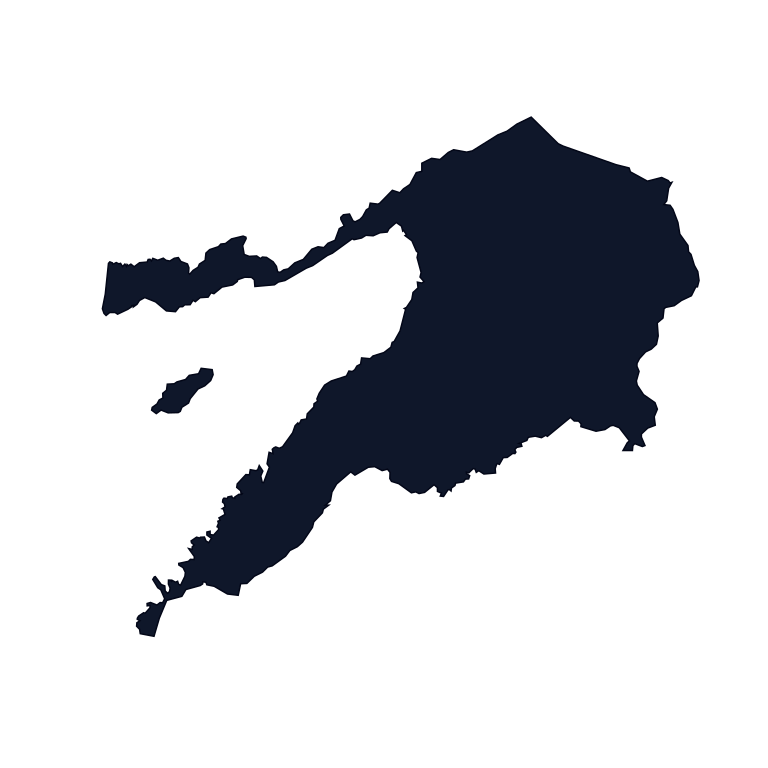 Tanggamus, Lampung, Indonesia, rotated 100°
{"feature_id": "22746128B69666188283297", "entity_name": "Tanggamus", "entity_type": "district", "adm_level": 2, "iso_a3": "IDN", "parent_name": "Indonesia", "parent_adm1": "Lampung", "projection": "orthographic", "projection_center": [104.708, -5.522], "detail": "fine", "context": "isolated", "style": "filled", "palette": "ink", "viewbox_px": 768, "rotation_deg": 100, "n_neighbors": 0, "source": "geoboundaries", "source_scale": "gbopen_adm2", "svg_char_len": 6164}
<svg xmlns="http://www.w3.org/2000/svg" viewBox="0 0 768 768"><g transform="rotate(100 384 384)"><path d="M95.6,285.4L104.9,298.2L113.7,306.8L118.8,315.0L139.1,337.5L141.3,342.9L141.2,356.1L144.8,360.9L153.2,367.8L153.5,376.3L160.0,385.1L168.0,383.7L170.2,388.9L183.0,393.1L188.4,398.7L192.9,401.6L191.8,409.4L206.7,419.6L207.9,421.1L208.3,429.0L213.4,429.2L215.5,431.6L222.8,434.1L226.1,436.3L229.3,440.6L228.7,442.9L222.6,447.5L224.4,453.4L227.4,455.5L229.3,455.1L235.3,450.6L238.7,455.0L251.0,457.2L255.1,463.6L260.1,466.9L260.3,472.8L263.8,478.5L275.3,485.1L280.2,492.9L287.2,498.3L289.0,502.6L292.1,505.7L292.0,508.2L286.8,510.4L282.9,514.4L279.7,521.7L280.1,525.8L281.9,527.5L280.0,531.6L281.7,538.9L280.7,544.2L272.3,547.2L264.8,545.0L263.4,545.5L262.8,548.4L267.6,559.4L273.2,564.5L274.5,569.0L277.5,570.9L281.9,579.0L286.0,582.1L293.3,581.6L297.9,586.6L301.3,587.4L305.2,591.7L309.6,594.4L308.8,595.7L303.4,596.3L299.9,598.4L298.6,605.3L295.2,608.5L296.6,612.4L300.1,616.3L300.0,620.2L298.4,623.2L301.4,628.3L300.4,633.5L303.2,634.4L301.8,636.1L302.3,637.9L305.0,638.4L307.0,645.8L311.9,650.4L309.9,654.1L311.9,656.3L310.9,657.8L312.9,658.0L310.9,660.0L313.7,661.9L310.9,664.4L311.7,666.0L310.9,668.8L313.2,671.7L311.9,672.4L311.3,675.2L313.0,676.3L343.9,674.1L358.8,674.4L363.1,672.0L364.8,669.6L361.2,666.5L360.3,661.2L361.5,658.5L354.9,649.2L351.5,645.7L350.6,646.0L349.9,644.1L351.5,644.1L348.4,641.1L344.2,639.3L340.4,634.6L342.8,623.2L349.8,611.0L349.0,601.9L343.5,598.9L342.8,595.7L340.6,594.0L339.6,588.7L334.7,586.6L335.7,584.1L330.9,580.1L329.0,572.3L324.2,570.2L324.6,567.2L316.7,560.4L312.7,550.2L308.5,546.3L306.7,546.2L303.0,539.6L302.0,533.0L303.9,529.8L310.4,528.1L305.3,509.1L301.9,505.7L299.3,499.5L283.4,480.6L279.8,474.8L267.2,462.0L264.1,457.5L246.5,440.5L247.1,438.6L244.1,431.4L240.7,427.6L239.9,420.4L235.8,414.3L233.8,407.2L230.2,406.0L222.8,400.0L225.5,394.2L230.1,392.1L229.3,391.5L232.9,387.8L234.2,389.1L238.1,381.4L247.5,375.2L248.7,373.2L253.7,373.4L267.8,366.8L272.4,367.1L276.3,362.3L278.0,364.3L277.9,368.8L283.4,367.2L288.8,371.3L296.0,371.3L304.7,375.2L306.1,377.1L306.6,375.7L328.9,377.4L340.4,381.4L341.6,383.2L346.6,383.6L353.1,389.6L358.3,399.7L361.5,402.0L362.2,410.6L368.5,410.5L371.0,413.8L375.1,415.3L377.2,417.4L377.3,420.8L382.7,422.4L390.2,436.5L395.4,442.3L404.4,446.2L410.3,447.5L412.5,446.4L415.6,449.5L418.9,449.1L426.7,454.4L431.9,454.2L433.7,459.3L437.3,460.3L438.4,461.3L437.3,462.1L440.5,464.3L447.9,465.5L463.4,473.0L465.5,476.0L464.8,479.7L465.9,481.3L467.7,482.7L471.9,481.1L471.2,485.3L482.9,485.3L485.8,482.4L502.1,485.4L502.1,486.8L496.0,489.4L490.8,488.2L486.0,492.7L490.5,493.5L491.6,495.1L491.6,500.8L496.8,500.8L497.2,504.3L507.9,511.2L511.4,511.1L514.0,506.6L516.5,505.8L516.6,504.5L517.5,505.0L517.8,507.7L521.2,511.3L522.5,511.1L522.3,513.7L520.9,514.5L522.3,518.1L524.0,518.4L524.2,521.8L525.6,522.6L528.3,522.5L529.5,520.5L532.6,519.2L534.9,521.7L535.0,520.5L540.0,517.9L544.5,523.3L546.7,521.7L548.0,523.8L549.9,522.8L553.6,523.6L554.0,522.1L556.1,521.6L562.4,525.6L562.4,529.1L559.2,529.7L560.5,532.7L563.5,532.2L566.0,527.0L570.7,529.2L569.4,532.1L565.9,534.3L566.8,538.2L567.7,538.5L567.4,542.0L572.0,546.7L573.8,546.0L575.5,543.0L577.7,544.6L580.2,544.1L580.0,547.8L586.9,540.8L589.8,540.5L590.3,544.2L592.6,545.8L596.3,555.0L597.9,554.6L599.7,550.0L604.0,546.9L608.0,546.7L617.5,549.4L616.9,551.5L614.1,553.0L615.4,554.9L614.0,559.0L614.5,559.7L615.8,558.5L614.2,560.4L614.5,562.2L618.4,561.6L622.2,559.2L625.7,559.2L627.7,560.8L625.7,563.6L620.9,564.8L620.2,568.5L613.4,575.8L613.9,576.7L616.6,577.8L623.9,571.4L625.4,568.1L633.6,562.7L637.9,564.1L638.1,566.5L641.1,569.2L639.7,576.0L641.3,579.2L643.6,578.7L642.7,575.9L645.0,575.6L651.2,579.4L651.0,581.0L655.1,585.3L657.4,586.2L658.5,586.2L659.5,583.2L662.0,585.9L665.5,585.6L668.0,582.1L672.2,580.7L672.4,566.7L653.6,564.6L634.8,560.4L628.2,546.2L620.8,543.4L614.4,530.0L612.4,527.9L610.2,528.0L610.2,524.9L612.5,523.6L612.7,516.1L618.0,501.7L617.4,490.9L605.6,490.5L604.2,484.4L595.9,478.4L590.3,470.9L584.5,466.8L582.5,462.5L570.7,451.1L564.3,447.8L559.3,441.1L553.9,436.8L537.7,429.6L532.0,429.2L521.6,422.3L517.8,422.0L512.9,417.4L513.5,420.8L508.3,416.5L499.5,416.5L490.7,413.3L476.3,401.5L478.8,396.8L468.7,385.0L467.0,378.7L469.6,370.8L467.3,365.8L470.0,362.7L476.2,361.8L478.6,359.7L479.6,352.1L486.4,338.1L484.7,334.0L485.8,330.5L483.7,325.2L474.5,317.2L476.8,313.4L480.5,312.7L481.5,308.5L484.6,309.1L484.4,305.8L477.1,302.6L476.6,301.3L477.7,299.4L474.7,299.5L471.7,296.5L469.2,296.3L466.6,288.8L463.5,287.3L462.8,284.2L459.4,283.7L458.0,287.2L456.5,287.6L456.8,285.1L451.8,281.5L452.0,279.5L455.0,277.8L452.9,275.6L455.3,270.0L452.3,258.7L448.0,259.8L443.8,259.2L442.7,258.6L443.1,256.4L435.8,253.8L434.9,249.9L430.0,245.2L429.8,243.0L428.2,242.3L426.0,243.8L423.4,242.3L421.4,237.4L419.1,238.5L419.0,240.6L414.8,233.5L411.6,232.7L411.0,231.5L409.1,226.0L409.5,219.6L406.4,215.8L407.2,214.0L384.5,194.6L387.4,190.2L386.7,186.0L389.0,183.0L391.8,182.7L393.7,167.0L390.5,158.5L385.9,153.7L384.9,151.1L386.2,144.7L397.4,132.4L399.6,134.2L408.0,137.1L406.4,127.8L401.5,128.2L399.2,126.7L400.7,118.7L399.3,116.3L391.6,121.3L388.5,121.8L381.6,116.6L377.5,109.7L369.3,112.2L361.3,110.4L355.3,113.9L349.4,126.6L341.2,134.4L337.2,136.0L327.3,135.0L322.6,138.0L319.7,138.4L314.6,136.8L307.0,132.0L303.2,126.8L297.6,122.6L289.1,122.3L276.4,125.5L270.6,120.7L261.3,121.3L259.6,119.8L256.5,111.8L250.1,105.6L243.7,96.6L234.2,93.8L233.9,92.2L227.4,91.7L218.8,94.5L213.2,99.0L203.0,104.2L200.9,107.0L194.8,108.7L185.0,118.7L173.9,122.6L161.8,129.8L158.3,133.3L158.7,139.6L154.5,137.4L141.7,137.7L135.4,135.5L136.3,137.2L134.3,139.4L132.4,146.4L138.5,159.8L132.3,178.2L128.7,180.1L127.7,193.7L118.6,248.9L117.1,254.2L95.6,285.4ZM436.7,573.2L432.1,572.3L421.2,566.3L416.9,560.2L410.7,555.3L404.5,553.9L399.7,555.7L400.3,566.8L406.1,568.4L409.3,577.3L414.0,580.2L417.9,588.3L420.2,590.6L421.8,597.4L427.9,597.1L431.6,600.3L436.2,599.3L438.7,602.6L443.1,604.1L447.3,608.2L450.1,608.3L452.7,603.1L448.4,599.0L449.9,591.6L447.9,581.7L446.3,579.9L442.0,579.0L436.7,573.2Z" fill="#0f172a" stroke="#020617" stroke-width="1.5"/></g></svg>